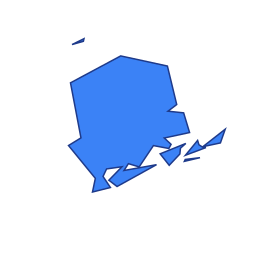 outline of Camagüey, rotated 118°
{"feature_id": "CUB-1364", "entity_name": "Camagüey", "entity_type": "Province", "adm_level": 1, "iso_a3": "CUB", "parent_name": "Cuba", "parent_adm1": "", "projection": "orthographic", "projection_center": [-77.855, 21.478], "detail": "coarse", "context": "isolated", "style": "filled", "palette": "blue", "viewbox_px": 256, "rotation_deg": 118, "n_neighbors": 0, "source": "natural_earth", "source_scale": "10m", "svg_char_len": 735}
<svg xmlns="http://www.w3.org/2000/svg" viewBox="0 0 256 256"><g transform="rotate(118 128 128)"><path d="M103.1,71.5L119.8,91.3L122.2,82.3L126.9,82.3L131.6,97.3L157.1,99.9L159.3,110.9L167.4,111.6L147.0,85.6L184.8,110.2L183.1,120.4L165.0,115.1L174.2,127.7L182.5,127.3L188.8,115.6L201.2,129.3L187.8,133.2L171.4,172.3L158.8,164.9L115.1,200.0L67.8,168.3L54.8,122.3L84.4,96.0L94.4,100.6L88.5,86.0L103.1,71.5ZM141.6,74.1L135.7,87.5L114.5,69.7L121.2,72.2L126.6,70.0L141.6,74.1ZM109.3,53.1L83.4,41.6L97.8,39.4L109.3,53.1ZM125.1,64.5L106.3,60.7L109.5,57.5L109.9,52.6L108.7,50.0L125.1,64.5ZM72.4,208.1L80.6,216.6L69.8,208.8L72.4,208.1ZM128.9,62.7L120.4,50.5L131.0,62.6L128.9,62.7Z" fill="#3b82f6" stroke="#1e3a8a" stroke-width="1.5"/></g></svg>